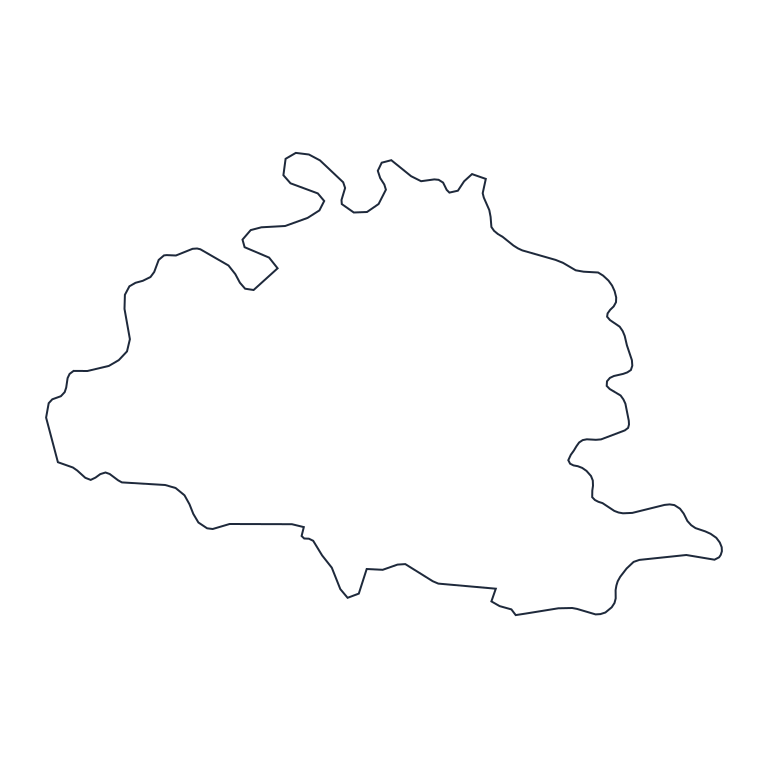 an SVG outline of Ariège
{"feature_id": "FRA-5269", "entity_name": "Ariège", "entity_type": "Metropolitan department", "adm_level": 1, "iso_a3": "FRA", "parent_name": "France", "parent_adm1": "", "projection": "robinson", "projection_center": [1.591, 42.938], "detail": "fine", "context": "isolated", "style": "outline", "palette": "slate", "viewbox_px": 768, "rotation_deg": 0, "n_neighbors": 0, "source": "natural_earth", "source_scale": "10m", "svg_char_len": 2834}
<svg xmlns="http://www.w3.org/2000/svg" viewBox="0 0 768 768"><path d="M90.7,479.9L85.3,477.8L77.2,470.5L72.9,467.5L57.9,462.2L46.1,417.6L48.7,403.2L52.3,399.3L60.9,396.2L64.7,392.1L66.2,387.6L67.6,378.1L69.6,373.9L73.6,370.9L87.4,371.0L108.9,365.9L118.8,360.1L127.0,351.4L129.9,339.2L124.5,308.9L124.9,294.8L129.4,286.3L135.5,282.8L142.8,280.8L150.5,277.0L154.2,272.0L158.7,259.9L164.0,255.4L166.6,255.1L175.9,255.5L192.6,248.8L197.1,248.5L200.4,249.3L228.5,265.5L235.3,274.1L239.9,282.7L245.1,288.7L253.6,290.0L277.6,268.3L269.1,257.6L244.6,247.2L242.5,239.6L250.7,230.1L261.4,227.3L285.1,226.0L307.6,217.9L319.4,210.4L324.2,201.0L317.8,193.4L290.5,183.3L283.4,175.2L285.6,158.8L295.8,152.9L308.9,154.5L320.0,160.4L343.2,182.3L345.1,188.0L341.5,200.0L341.8,204.1L353.8,212.5L367.0,212.0L378.6,204.0L385.9,189.7L384.3,184.5L380.2,178.1L377.8,170.8L381.7,162.7L391.3,160.2L411.1,176.2L421.1,181.2L434.3,179.4L438.6,179.8L443.1,182.6L446.7,189.9L449.4,192.6L457.9,190.7L464.1,181.3L472.0,174.1L485.8,178.9L482.7,193.2L483.8,197.6L489.3,210.1L490.6,216.9L491.4,227.0L494.1,230.9L498.0,234.1L502.7,236.9L513.4,245.5L518.0,248.4L522.3,250.4L555.6,259.9L563.1,262.9L575.7,270.3L583.7,271.7L598.1,272.5L603.1,275.6L608.5,280.6L612.1,285.6L614.6,291.1L616.2,297.5L616.0,302.2L613.7,306.4L610.2,309.8L607.6,313.4L607.1,316.7L610.0,320.1L619.7,326.7L622.7,331.1L624.7,335.9L626.9,345.3L631.9,360.2L632.3,365.7L630.9,370.0L627.3,372.4L623.1,373.9L613.9,376.0L609.9,377.9L607.0,381.3L606.7,385.9L609.7,389.0L620.6,395.5L623.4,399.4L625.4,403.7L628.8,420.8L629.0,424.5L628.1,427.9L624.8,430.4L601.0,439.4L595.9,439.8L586.8,439.3L582.7,440.1L579.1,442.5L576.4,446.3L573.9,450.5L570.8,454.8L568.3,460.2L570.1,463.7L573.5,465.4L577.8,466.2L582.2,467.9L586.5,470.9L591.0,476.0L592.8,480.5L593.0,485.7L592.3,490.6L592.2,497.2L594.9,500.0L598.4,501.8L602.5,503.1L614.3,510.9L618.5,512.5L623.0,513.3L632.3,512.9L664.6,504.9L669.7,504.4L674.4,505.1L680.0,508.7L683.7,513.6L687.4,521.0L691.2,525.2L695.5,528.1L705.3,531.4L710.6,533.8L716.3,537.8L719.8,542.5L721.7,547.2L721.9,551.2L720.8,554.7L720.6,555.1L719.1,557.3L714.5,559.7L686.3,555.0L639.4,559.9L633.6,561.9L626.6,568.5L620.2,576.8L617.7,581.3L616.4,585.5L615.6,590.1L615.7,598.4L614.5,603.0L611.7,607.3L605.4,612.5L600.4,614.1L595.6,614.4L577.0,608.9L572.2,608.0L558.3,608.3L526.1,613.5L515.7,615.1L511.4,609.4L499.6,606.1L491.4,601.4L495.8,588.7L438.3,583.6L432.7,581.2L405.3,564.1L397.5,564.6L382.7,569.8L366.7,569.0L358.8,593.6L347.6,597.8L340.3,589.1L331.8,567.7L322.1,555.4L313.2,540.8L308.9,538.7L304.2,538.5L301.6,536.0L303.8,527.1L291.9,524.2L229.6,524.0L212.7,529.0L207.1,528.3L198.4,522.5L193.3,513.9L189.5,504.3L184.5,495.3L175.6,488.0L165.1,485.0L121.9,482.4L118.1,480.3L109.7,474.0L105.5,472.5L100.3,474.1L95.5,477.6L90.7,479.9Z" fill="none" stroke="#1e293b" stroke-width="2"/></svg>